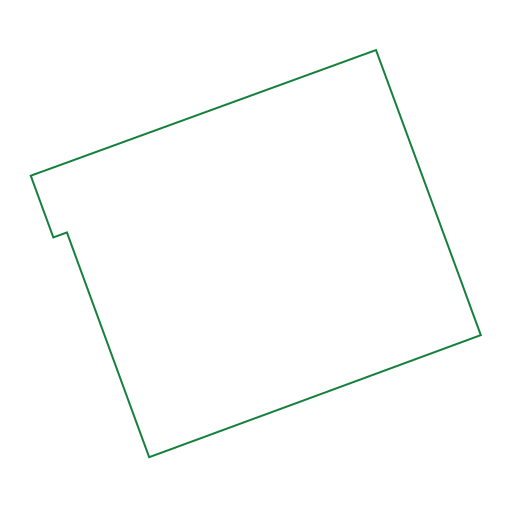 outline of Chical Có, La Pampa, Argentina, rotated 340°
{"feature_id": "61730980B98672472309924", "entity_name": "Chical Có", "entity_type": "district", "adm_level": 2, "iso_a3": "ARG", "parent_name": "Argentina", "parent_adm1": "La Pampa", "projection": "robinson", "projection_center": [-67.812, -36.401], "detail": "fine", "context": "isolated", "style": "outline", "palette": "green", "viewbox_px": 512, "rotation_deg": 340, "n_neighbors": 0, "source": "geoboundaries", "source_scale": "gbopen_adm2", "svg_char_len": 395}
<svg xmlns="http://www.w3.org/2000/svg" viewBox="0 0 512 512"><g transform="rotate(340 256 256)"><path d="M439.2,103.5L419.5,103.5L417.6,103.5L80.3,103.5L71.8,103.5L71.9,169.2L72.0,169.2L86.4,169.2L86.4,194.2L86.6,302.9L86.7,369.1L86.7,371.1L86.8,408.5L87.2,408.5L267.9,407.9L440.2,407.2L440.1,380.5L440.1,351.6L439.2,103.5L439.2,103.5Z" fill="none" stroke="#15803d" stroke-width="2"/></g></svg>